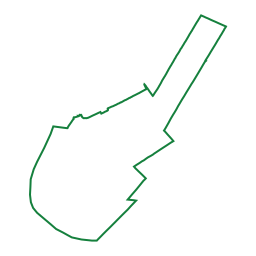 Pristol, Mehedinti, Romania
{"feature_id": "2599482B70848507308942", "entity_name": "Pristol", "entity_type": "district", "adm_level": 2, "iso_a3": "ROU", "parent_name": "Romania", "parent_adm1": "Mehedinti", "projection": "equal_earth", "projection_center": [22.733, 44.25], "detail": "fine", "context": "isolated", "style": "outline", "palette": "green", "viewbox_px": 256, "rotation_deg": 0, "n_neighbors": 0, "source": "geoboundaries", "source_scale": "gbopen_adm2", "svg_char_len": 4744}
<svg xmlns="http://www.w3.org/2000/svg" viewBox="0 0 256 256"><path d="M205.9,60.9L205.4,60.6L205.8,59.9L206.7,58.5L207.4,57.4L207.9,56.6L208.6,55.5L210.1,53.0L210.6,52.1L211.6,50.5L213.0,48.2L214.3,46.1L215.1,44.8L216.4,42.6L217.9,40.0L219.1,38.2L220.5,35.7L221.2,34.7L222.6,32.3L223.1,31.4L223.9,30.2L224.3,29.2L225.6,27.3L226.0,26.5L223.0,25.2L220.3,24.0L217.2,22.6L215.0,21.6L213.1,20.8L211.3,20.0L207.9,18.4L205.5,17.4L204.1,16.7L201.1,15.4L200.4,16.5L200.2,16.9L200.1,17.0L199.8,17.4L199.6,17.9L198.6,19.4L198.3,20.0L197.5,21.3L197.3,21.5L196.0,23.6L195.7,24.1L195.4,24.7L195.1,25.1L195.0,25.3L194.4,26.3L194.1,26.9L193.8,27.3L193.4,28.1L193.2,28.3L192.9,28.9L192.7,29.2L192.2,30.1L191.9,30.7L191.4,31.4L191.2,31.6L190.9,32.2L190.6,32.7L189.5,34.4L188.7,35.9L187.2,38.5L186.5,39.7L185.3,41.7L184.8,42.3L183.8,44.1L183.5,44.6L182.8,45.7L182.3,46.5L182.0,47.1L181.7,47.5L181.4,48.1L181.1,48.4L180.5,49.2L180.3,49.7L180.1,50.0L179.7,50.9L179.5,51.1L179.1,51.9L178.4,52.9L178.1,53.5L177.8,53.9L177.5,54.3L177.2,54.7L176.8,55.4L176.5,55.8L176.2,56.3L175.3,58.1L175.0,58.4L174.5,59.3L173.7,60.8L173.4,61.3L173.2,61.7L172.8,62.4L172.5,62.8L171.3,64.9L171.1,65.3L170.8,65.7L170.1,66.8L169.9,67.2L169.4,68.1L169.1,68.5L167.6,71.3L167.3,71.8L166.5,73.3L166.4,73.6L166.0,74.2L165.7,74.7L165.2,75.6L165.0,76.0L164.5,76.7L163.8,77.8L163.7,78.1L163.5,78.3L163.1,79.0L162.6,79.8L162.4,80.1L162.0,80.8L161.9,81.1L161.5,81.8L161.2,82.5L160.7,83.4L160.4,83.9L160.2,84.3L159.9,84.8L159.7,85.2L159.4,85.6L158.9,86.5L158.7,86.9L158.2,87.8L157.8,88.3L157.7,88.5L157.6,88.8L156.7,90.1L155.4,92.0L154.2,93.8L153.3,95.3L153.0,95.7L152.8,95.9L152.5,95.6L151.4,94.0L149.5,91.4L148.5,89.9L147.4,88.3L146.3,86.9L145.9,86.1L144.5,84.4L144.4,84.3L144.3,84.6L145.6,87.3L145.9,87.8L146.3,88.5L146.4,88.8L146.5,89.0L145.9,89.4L145.1,89.7L144.9,89.8L144.7,89.9L144.5,90.1L144.2,90.2L143.4,90.7L142.9,90.9L142.4,91.2L141.0,92.0L140.7,92.1L139.1,93.1L138.9,93.2L138.7,93.2L138.4,93.4L138.0,93.6L137.7,93.7L137.0,94.1L136.6,94.3L136.4,94.4L134.2,95.5L133.9,95.6L133.7,95.7L132.9,96.1L132.2,96.6L131.6,96.8L131.4,97.0L131.2,97.1L130.9,97.2L130.6,97.4L130.4,97.5L130.2,97.6L130.0,97.8L129.8,97.8L129.3,98.0L128.6,98.3L128.4,98.5L127.9,98.8L127.3,99.1L126.6,99.5L126.3,99.7L125.8,99.9L125.5,100.0L124.3,100.5L124.1,100.7L123.5,101.0L123.2,101.2L122.9,101.4L121.8,102.0L121.5,102.2L121.3,102.3L121.1,102.3L120.8,102.3L120.4,102.5L120.2,102.7L119.9,102.8L119.4,103.2L119.1,103.3L117.8,103.8L117.6,103.9L117.3,104.1L116.6,104.5L116.3,104.7L116.0,104.8L115.1,105.2L114.6,105.4L114.0,105.7L113.7,105.9L112.5,106.4L112.0,106.5L111.3,106.8L111.2,106.8L110.5,107.2L109.8,107.5L109.6,107.6L109.1,107.8L108.8,107.9L108.2,108.1L108.0,108.3L107.7,108.5L107.6,108.9L107.7,109.1L108.0,109.5L108.0,109.8L108.0,110.0L107.9,110.2L107.5,110.6L107.2,110.8L106.9,110.9L106.5,111.1L106.3,111.2L104.9,111.8L104.6,111.9L104.5,112.0L104.2,112.2L104.1,112.3L103.9,112.4L103.7,112.5L103.1,112.8L102.6,113.0L102.4,113.1L102.0,113.3L101.7,113.4L101.3,113.6L100.4,112.0L100.2,112.1L98.2,113.0L95.7,114.2L92.6,115.6L89.8,117.0L88.1,117.8L87.9,117.8L87.6,117.9L87.3,118.0L87.2,118.0L86.9,118.1L86.7,118.2L86.3,118.1L85.8,118.1L85.6,118.1L84.6,118.1L84.0,118.2L83.9,118.2L83.6,118.2L83.3,118.0L82.8,117.6L82.6,117.5L82.4,117.3L82.2,117.2L82.0,116.5L81.8,116.3L81.6,116.1L81.5,115.5L81.3,115.0L81.1,114.8L80.6,114.9L80.5,115.1L80.5,115.3L80.3,115.4L80.1,115.4L79.8,115.3L79.6,115.5L79.4,115.6L79.3,115.3L79.1,115.5L79.0,115.8L78.7,115.8L78.9,116.0L78.6,116.2L75.3,117.2L74.1,117.3L73.8,117.3L73.4,118.3L73.7,118.9L72.5,120.3L71.6,121.7L69.3,125.0L68.9,125.4L68.7,125.7L68.6,126.1L67.8,127.3L67.7,127.9L67.3,128.2L64.0,127.8L53.3,126.4L50.6,134.0L44.2,147.9L37.1,161.8L33.7,169.3L30.7,179.3L30.4,187.1L30.0,194.7L30.9,202.3L33.1,207.9L35.7,211.1L37.2,212.9L44.3,218.9L51.4,224.9L56.1,229.0L63.1,232.6L67.4,235.0L71.8,237.4L81.5,239.5L92.0,240.6L96.8,240.6L98.3,239.0L100.1,237.2L103.3,233.9L106.0,231.2L110.2,227.1L121.0,216.2L124.1,213.1L127.7,209.6L131.2,205.7L134.1,202.7L136.1,200.6L133.6,200.2L130.6,199.9L127.7,199.6L132.1,194.4L136.6,189.2L140.0,185.0L143.4,180.8L145.0,179.3L145.8,178.4L144.0,176.6L142.2,174.8L140.3,173.0L138.5,171.3L137.0,169.8L135.5,168.4L134.0,166.6L136.8,164.7L138.9,163.4L140.0,162.7L141.8,161.4L143.9,160.3L145.9,158.8L147.9,157.4L150.7,155.9L152.9,154.6L154.0,153.7L160.8,149.2L166.5,145.5L171.2,142.4L172.3,141.8L173.4,141.1L171.3,138.6L167.5,134.4L164.7,131.2L164.0,130.6L165.6,128.0L168.5,122.9L170.8,118.6L173.1,114.7L174.5,112.5L176.4,109.3L178.1,106.1L179.5,103.8L180.9,101.4L182.4,98.9L184.0,96.4L186.3,92.5L189.2,87.8L191.6,83.8L192.5,82.5L193.8,80.4L197.9,73.6L201.1,68.2L202.1,66.5L202.6,65.6L204.8,61.9L205.9,60.9Z" fill="none" stroke="#15803d" stroke-width="2"/></svg>